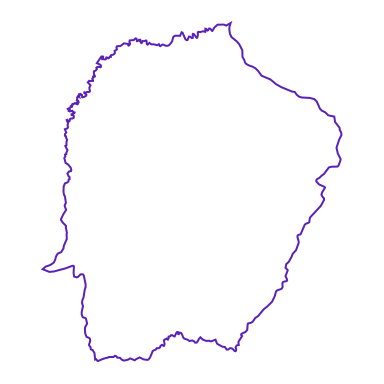 San Pablo De Borbur, Boyacá, Colombia (Mercator projection)
{"feature_id": "7082276B11762089183397", "entity_name": "San Pablo De Borbur", "entity_type": "district", "adm_level": 2, "iso_a3": "COL", "parent_name": "Colombia", "parent_adm1": "Boyacá", "projection": "mercator", "projection_center": [-74.122, 5.678], "detail": "fine", "context": "isolated", "style": "outline", "palette": "violet", "viewbox_px": 384, "rotation_deg": 0, "n_neighbors": 0, "source": "geoboundaries", "source_scale": "gbopen_adm2", "svg_char_len": 5756}
<svg xmlns="http://www.w3.org/2000/svg" viewBox="0 0 384 384"><path d="M296.0,250.3L298.7,242.8L298.7,241.5L297.5,237.4L297.5,235.8L298.3,234.9L300.4,234.4L300.9,233.7L304.7,224.8L305.6,223.9L308.8,222.6L309.3,222.1L309.8,218.3L310.4,217.1L320.8,205.9L324.0,200.0L324.0,198.4L322.6,196.9L321.4,194.7L322.2,192.2L325.0,187.7L324.4,186.8L319.2,184.5L316.3,181.5L316.3,180.3L317.1,179.1L319.5,177.8L321.7,175.6L324.0,174.0L328.9,167.4L332.0,166.7L337.4,166.6L338.1,166.1L338.5,165.7L340.4,160.5L340.6,159.0L337.8,153.5L336.5,147.7L339.1,139.8L341.4,135.1L341.3,132.9L339.8,130.0L339.5,127.7L335.0,121.9L334.3,116.6L328.2,115.3L325.2,112.3L321.7,110.6L319.9,108.6L316.8,101.6L314.3,99.1L309.7,97.9L301.7,97.5L298.9,96.6L296.6,94.6L294.7,91.9L292.1,91.6L281.2,87.1L276.1,84.2L270.5,79.5L261.5,75.7L258.1,70.9L255.4,68.3L252.2,66.5L249.3,65.6L246.3,64.0L245.1,62.6L244.4,60.4L242.5,56.9L242.3,50.2L239.2,44.2L236.9,41.5L231.5,37.1L230.0,34.0L229.3,29.5L229.5,26.5L230.6,23.0L226.2,25.6L223.9,24.6L217.5,24.7L214.4,27.5L212.4,30.9L211.9,30.8L210.3,28.7L209.8,28.5L209.1,28.5L208.1,30.3L207.3,30.6L206.3,28.9L205.4,28.7L205.2,31.8L203.0,31.3L200.1,32.1L198.6,31.8L197.8,32.3L197.9,35.3L197.2,37.8L196.8,37.9L196.1,37.3L194.8,35.2L193.5,33.9L193.0,33.8L192.7,34.2L192.8,37.8L191.8,38.1L190.1,36.7L189.0,36.6L187.4,40.1L186.6,40.1L185.5,39.4L182.5,32.6L181.6,32.3L180.1,35.8L175.4,35.7L173.8,36.5L173.1,37.5L172.2,41.1L171.1,42.9L168.8,45.4L167.6,45.7L165.9,45.8L163.1,44.6L162.3,44.6L160.4,46.1L159.7,45.9L158.9,44.2L157.2,45.2L153.8,44.3L151.2,44.3L149.5,42.9L147.6,44.6L146.8,44.1L146.6,41.2L146.4,40.6L145.8,40.5L143.9,41.2L142.5,41.0L141.9,42.8L141.4,43.1L140.0,41.2L140.4,40.1L140.1,39.7L139.0,39.8L137.6,41.1L136.9,41.1L136.5,38.7L135.5,38.4L133.6,40.1L129.7,40.4L129.4,41.8L130.0,43.6L129.9,44.4L128.7,45.6L128.3,45.4L128.1,43.9L124.0,43.4L120.3,46.1L117.1,46.2L116.4,47.3L116.9,49.5L114.6,50.9L114.9,52.9L114.6,53.6L113.3,54.6L111.0,55.2L110.7,55.7L110.9,56.8L109.7,56.8L108.7,58.2L108.1,58.4L106.9,57.4L106.4,57.4L105.8,59.2L105.5,59.4L102.2,59.2L102.1,58.9L103.0,57.7L103.1,56.6L101.8,56.4L101.3,56.6L96.9,63.2L100.1,64.6L100.9,65.4L100.9,66.9L100.5,67.3L98.9,66.8L96.8,67.2L96.3,67.8L96.9,69.1L95.5,70.7L93.9,71.3L93.9,74.2L95.0,76.2L94.7,76.6L93.6,76.2L93.1,76.5L93.3,77.7L92.3,78.5L92.3,79.0L93.0,80.1L93.0,80.9L90.1,81.1L89.2,80.8L87.8,82.4L90.5,85.2L89.4,87.5L89.4,89.0L90.0,90.9L89.7,91.6L88.9,92.1L87.1,91.9L86.0,92.6L84.4,92.3L84.2,92.9L86.4,94.6L86.3,95.6L84.1,96.9L82.6,97.3L82.1,97.1L82.0,95.1L80.9,94.9L80.6,93.9L79.1,94.2L78.8,94.6L79.4,97.2L78.6,96.8L78.2,96.0L77.1,97.4L77.3,98.8L76.8,100.4L78.3,100.9L78.6,102.3L77.0,102.7L77.9,103.8L77.6,104.3L74.5,103.2L73.3,104.4L72.5,104.0L71.8,105.0L72.1,106.6L71.8,107.0L70.6,106.4L70.0,107.9L67.7,108.9L67.9,109.4L69.8,109.7L70.0,110.1L69.0,111.1L69.5,111.4L72.4,110.8L72.7,111.8L74.6,112.4L74.4,113.0L73.6,113.6L71.5,114.3L71.5,114.9L73.2,115.4L73.8,116.1L73.7,117.8L72.5,118.5L70.5,118.6L69.9,119.2L69.7,120.8L69.2,121.4L68.2,121.3L67.3,119.8L66.7,120.0L67.3,121.8L67.9,122.4L68.0,123.7L67.5,125.0L68.0,127.1L67.5,128.3L64.9,129.2L66.2,132.6L65.1,133.9L64.9,135.6L65.3,136.2L65.9,136.3L66.3,138.4L67.1,139.7L66.5,141.9L66.4,145.4L65.3,146.0L67.5,150.3L66.3,152.9L66.3,154.1L65.0,154.6L65.4,156.3L64.3,158.0L65.6,163.0L67.9,164.3L70.7,167.6L71.3,170.1L71.0,171.1L68.8,171.6L67.4,173.5L68.5,176.1L69.5,176.9L69.6,179.1L68.7,179.4L68.4,181.5L67.5,182.4L64.9,183.4L63.7,186.4L63.5,191.6L63.9,194.3L65.0,196.8L65.9,202.9L64.7,205.2L64.8,206.4L66.1,209.9L63.3,214.3L61.0,219.2L61.0,219.9L62.6,222.4L66.0,225.9L65.8,227.4L66.9,232.7L66.6,234.4L66.8,238.9L63.8,245.9L63.5,248.4L61.2,252.1L57.9,253.5L57.0,254.6L55.9,256.9L55.2,259.7L53.7,262.7L50.3,265.0L45.7,266.6L42.6,269.2L49.4,271.9L53.8,271.5L65.4,268.4L72.1,265.9L73.4,265.8L73.9,266.4L73.6,273.1L74.1,276.5L76.7,277.4L78.2,276.7L80.5,274.4L81.6,274.3L83.0,274.4L83.8,275.6L85.6,284.2L85.6,287.1L84.7,289.9L83.5,297.6L82.4,300.0L82.0,302.9L83.0,306.1L81.7,312.0L81.7,314.5L82.7,317.1L85.6,318.2L86.0,318.7L87.1,323.6L85.2,327.0L84.9,328.8L85.2,333.4L86.5,336.8L89.3,338.0L90.0,339.1L90.2,340.8L89.0,344.8L89.2,345.5L90.5,347.2L90.8,349.4L92.6,350.0L94.5,353.1L95.1,359.5L96.0,359.1L97.6,361.0L98.3,360.9L102.2,359.2L106.5,357.8L107.5,357.8L108.8,357.0L113.5,357.0L114.9,355.8L116.4,356.3L117.2,357.6L119.9,357.8L122.1,359.9L124.1,360.6L128.2,359.6L130.2,358.4L134.7,360.3L136.2,359.1L139.7,357.4L143.6,359.4L147.4,359.9L148.5,359.5L150.0,357.6L152.8,350.9L155.8,349.5L156.7,348.2L158.8,348.2L159.5,347.8L160.0,347.4L160.4,346.1L161.7,344.9L162.2,344.8L163.6,346.0L164.0,345.9L164.6,344.2L163.9,340.4L164.4,339.7L166.6,338.6L166.9,339.2L167.9,339.6L168.5,338.5L168.6,336.6L170.3,336.2L171.0,335.2L172.3,335.2L173.9,336.3L174.7,336.4L176.4,332.8L177.0,332.1L177.9,332.0L178.2,332.2L178.3,334.1L178.8,334.2L179.6,332.7L180.8,332.8L181.9,334.1L183.2,337.4L184.1,338.5L187.7,339.8L189.5,341.0L192.2,340.5L193.9,341.2L195.2,342.7L196.6,342.6L198.1,340.7L198.7,339.2L200.4,337.3L202.8,339.6L206.3,340.9L209.1,340.7L210.3,341.3L211.3,341.3L215.5,339.7L216.9,343.4L217.6,344.1L222.4,346.7L224.9,347.0L226.7,349.6L228.0,349.6L230.0,348.2L231.5,348.3L233.2,349.4L234.4,350.8L235.5,351.2L236.0,350.7L236.2,349.2L235.6,347.2L236.8,345.4L238.8,344.9L238.4,342.9L238.6,341.5L242.1,336.0L241.1,334.9L241.1,334.4L242.2,333.4L245.4,332.0L247.2,330.0L247.7,324.1L248.1,323.4L250.9,322.8L252.7,321.7L255.3,317.9L258.2,316.0L263.8,309.2L267.7,306.1L272.1,301.7L274.7,296.3L276.0,291.5L277.3,290.3L280.9,289.1L281.9,288.4L282.6,287.1L282.4,283.3L282.9,282.1L284.3,281.5L286.1,281.3L287.1,280.6L286.8,278.8L285.5,276.1L287.7,270.5L287.6,269.9L285.5,267.8L286.3,264.1L288.8,261.8L291.7,256.5L292.7,253.8L296.0,250.3Z" fill="none" stroke="#5b21b6" stroke-width="2"/></svg>